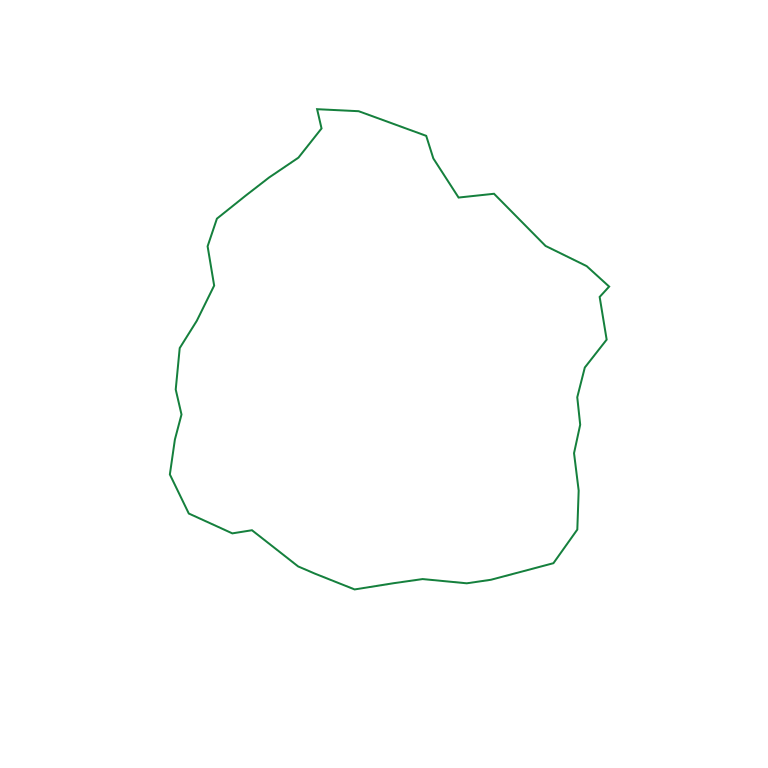 Strömstad, Västra Götaland, Sweden, rotated 227°
{"feature_id": "70781695B73142432831902", "entity_name": "Strömstad", "entity_type": "district", "adm_level": 2, "iso_a3": "SWE", "parent_name": "Sweden", "parent_adm1": "Västra Götaland", "projection": "natural_earth1", "projection_center": [11.302, 58.97], "detail": "fine", "context": "isolated", "style": "outline", "palette": "green", "viewbox_px": 768, "rotation_deg": 227, "n_neighbors": 0, "source": "geoboundaries", "source_scale": "gbopen_adm2", "svg_char_len": 670}
<svg xmlns="http://www.w3.org/2000/svg" viewBox="0 0 768 768"><g transform="rotate(227 384 384)"><path d="M630.6,522.5L613.5,512.6L607.9,475.8L613.4,440.8L616.1,411.4L618.9,374.6L605.0,348.9L571.8,326.9L557.9,290.2L549.6,259.1L522.0,227.9L499.8,215.1L486.0,193.2L463.9,165.7L422.4,152.9L378.2,171.2L367.1,187.7L309.1,196.8L292.5,204.1L253.8,222.4L231.6,255.4L215.0,279.2L181.8,308.6L167.9,328.7L137.4,385.7L145.7,426.1L173.3,453.7L203.8,475.8L220.4,499.7L242.5,516.3L259.1,542.1L264.6,577.1L300.6,601.1L301.7,615.1L332.0,612.6L374.8,596.3L448.1,594.2L469.5,565.7L515.3,573.9L536.7,584.1L600.8,551.5L630.6,522.5Z" fill="none" stroke="#15803d" stroke-width="2"/></g></svg>